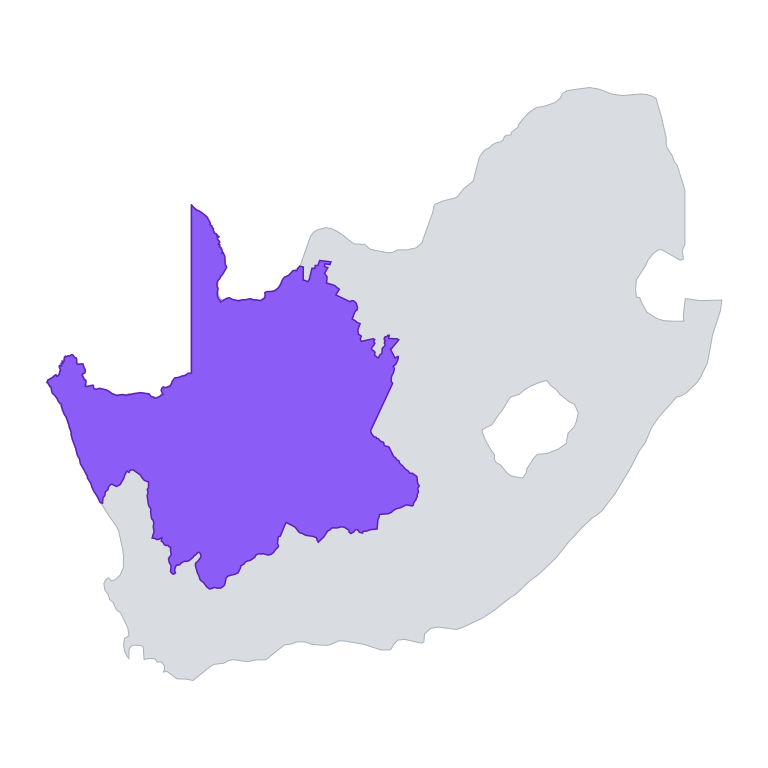 where Northern Cape sits in South Africa
{"feature_id": "ZAF-1188", "entity_name": "Northern Cape", "entity_type": "Province", "adm_level": 1, "iso_a3": "ZAF", "parent_name": "South Africa", "parent_adm1": "", "projection": "mercator", "projection_center": [20.625, -28.845], "detail": "fine", "context": "in_parent", "style": "filled", "palette": "violet", "viewbox_px": 768, "rotation_deg": 0, "n_neighbors": 0, "source": "natural_earth", "source_scale": "10m", "svg_char_len": 9657}
<svg xmlns="http://www.w3.org/2000/svg" viewBox="0 0 768 768"><path d="M567.5,90.5L589.4,87.5L599.2,89.2L611.1,93.9L622.2,95.6L640.9,93.9L647.4,94.7L652.5,96.3L656.2,98.8L661.6,117.7L666.2,138.0L666.2,144.5L666.8,147.1L672.2,155.7L674.1,161.1L677.2,165.5L684.1,187.3L684.9,191.1L684.9,244.3L682.2,250.7L683.4,259.1L680.2,260.2L661.4,249.5L658.2,249.9L652.9,253.9L648.0,260.2L645.7,265.5L636.3,280.0L635.6,289.2L636.4,297.1L639.6,297.4L641.8,303.1L647.0,312.2L655.6,318.0L663.7,320.7L674.9,321.3L683.8,321.1L683.3,315.0L685.3,298.6L700.0,300.6L721.9,300.1L720.4,310.7L712.5,335.1L707.5,362.7L700.9,376.6L697.2,382.4L686.6,392.6L681.0,396.0L676.4,397.2L658.2,417.9L651.4,428.0L645.3,442.7L639.3,450.8L630.5,468.0L615.1,493.7L602.1,510.6L596.3,515.5L592.4,517.7L582.0,527.6L567.4,543.5L556.2,557.6L539.5,573.7L529.8,580.8L515.3,594.7L511.3,596.8L494.9,609.8L483.1,617.7L464.0,626.9L456.5,629.5L438.4,627.1L430.8,628.3L424.5,633.9L423.9,641.9L421.3,643.1L404.7,639.4L397.8,640.1L393.8,644.3L390.6,649.8L381.1,650.0L364.1,644.4L344.2,641.0L339.5,640.6L329.9,644.8L326.5,645.4L312.4,644.5L304.6,641.9L297.1,641.9L291.4,644.0L284.5,644.8L265.7,659.9L256.0,659.9L247.6,661.7L232.8,659.6L228.4,660.6L224.0,663.2L213.9,664.4L210.0,666.7L193.0,680.5L186.0,679.1L177.1,678.9L167.1,671.5L163.3,672.0L164.3,669.8L164.6,665.9L161.1,661.9L157.1,662.1L155.1,658.8L149.1,658.4L144.1,659.5L143.2,646.7L140.8,645.5L134.8,645.2L131.9,645.6L130.5,646.8L128.9,649.7L128.9,658.6L126.8,656.0L124.4,650.7L123.6,645.0L124.5,638.3L129.0,635.8L127.7,627.4L120.6,612.8L116.3,609.7L113.0,602.2L109.6,599.5L108.2,594.3L104.9,590.2L103.8,583.6L105.6,579.8L108.5,577.8L111.4,581.0L115.0,579.8L120.2,575.0L123.3,567.9L123.5,556.4L122.7,549.3L118.6,530.8L116.6,526.6L107.4,513.5L96.6,496.0L83.1,468.5L76.6,452.1L66.7,419.1L58.1,400.6L47.4,383.3L46.1,382.2L47.7,380.1L53.4,376.1L56.0,375.1L57.4,375.5L58.8,374.5L60.1,371.8L61.0,365.7L63.7,359.3L66.1,356.6L71.1,354.8L74.9,357.2L76.5,359.5L77.2,362.6L78.9,364.1L81.6,364.0L83.5,365.9L84.7,369.8L84.4,372.7L82.9,374.4L83.1,376.7L85.1,379.6L87.2,386.0L97.5,389.3L103.4,389.7L108.9,391.3L114.1,394.1L122.7,394.8L134.6,393.3L144.4,394.0L152.1,396.8L157.7,397.3L161.1,395.5L162.6,393.0L162.2,389.7L163.9,387.6L167.8,386.7L170.9,384.3L173.2,380.2L178.6,376.9L187.1,374.3L191.3,374.4L191.3,205.4L206.3,216.9L209.8,222.2L217.2,237.8L224.7,257.2L226.0,266.6L225.6,268.6L217.9,281.4L217.6,287.7L218.5,295.1L220.3,298.8L222.5,300.0L227.9,298.2L236.2,300.2L252.0,299.3L259.8,300.3L261.8,299.7L263.6,298.1L265.7,293.6L267.5,292.2L274.8,290.2L278.1,287.7L283.3,278.9L298.9,267.1L300.7,264.3L310.5,236.3L313.5,232.3L317.8,229.7L326.4,227.6L331.5,228.7L336.9,231.2L343.0,235.2L352.2,242.8L355.3,244.0L364.5,244.3L370.2,249.3L387.3,252.7L392.3,252.5L397.7,249.8L406.5,249.9L415.9,248.0L421.7,243.1L432.7,212.6L434.0,205.9L435.2,204.1L444.2,200.6L455.1,198.0L457.4,196.6L464.2,188.2L473.1,181.2L479.4,157.1L483.4,151.4L485.9,149.0L487.6,148.9L489.8,147.4L492.8,144.5L496.3,142.7L500.4,142.0L503.1,140.0L504.3,136.8L506.4,135.2L509.4,135.3L511.1,134.3L511.5,132.2L518.2,127.0L518.4,124.9L522.2,119.9L529.7,111.8L536.7,107.4L543.4,106.5L555.6,102.4L559.9,98.5L562.7,93.4L567.5,90.5ZM547.1,453.5L558.1,449.2L566.2,443.5L568.0,433.2L574.2,426.9L576.5,421.0L578.2,412.8L574.5,404.4L569.5,401.9L560.2,394.6L556.2,389.6L550.7,385.5L546.8,380.5L540.4,382.1L530.6,386.1L524.5,389.8L519.4,394.2L510.2,397.3L501.6,411.3L498.8,414.4L492.0,424.6L482.3,429.6L482.1,431.5L485.3,439.8L489.8,448.1L494.5,454.9L494.3,459.1L495.9,462.4L500.2,464.7L507.3,473.2L510.9,475.9L521.8,478.0L523.4,477.4L526.3,472.4L526.8,468.8L534.0,457.8L537.2,454.4L547.1,453.5Z" fill="#d9dde1" stroke="#a8b0b8" stroke-width="1"/><path d="M71.9,354.6L72.8,354.8L74.4,357.3L76.2,358.0L76.6,358.8L76.7,363.1L77.6,364.2L78.9,364.4L81.5,363.8L83.0,364.0L84.1,367.6L85.2,369.5L85.2,371.8L84.9,372.9L82.8,374.0L82.1,375.3L83.6,377.6L84.1,379.5L85.6,380.0L86.1,381.1L85.3,384.8L85.4,386.3L86.9,386.5L92.8,385.1L93.4,385.6L93.8,388.7L94.6,389.1L96.5,389.4L98.2,388.5L99.5,388.3L106.3,389.9L109.2,391.4L111.7,393.5L116.7,395.5L122.6,394.5L126.3,395.4L129.2,394.3L130.3,394.9L132.7,393.8L140.6,392.6L149.1,393.9L151.3,396.7L153.5,397.1L154.4,398.2L156.0,398.1L160.0,396.3L161.0,395.1L162.9,394.6L161.1,390.4L162.0,388.1L162.9,387.0L163.5,386.9L165.0,387.8L169.7,386.3L170.9,385.0L172.1,381.3L173.0,380.5L174.4,378.1L175.2,377.8L179.3,377.4L181.8,376.1L185.0,375.6L187.9,373.3L191.4,373.1L191.4,204.3L191.6,205.0L193.3,207.1L196.6,210.1L198.7,210.7L201.8,212.6L207.1,217.0L210.4,223.2L210.0,224.6L210.4,225.2L211.9,226.0L212.1,227.5L213.4,228.4L213.1,229.7L214.4,232.9L216.3,233.9L216.7,235.2L217.3,235.1L217.1,236.5L218.6,236.3L219.1,236.8L217.9,237.5L217.6,238.3L217.6,239.5L219.4,241.2L219.7,242.4L218.4,243.7L218.5,244.2L219.7,244.7L219.4,246.7L221.2,248.0L221.6,248.8L222.5,251.9L222.0,253.2L223.2,252.8L224.8,256.2L225.2,264.3L226.7,267.1L223.1,273.7L220.7,276.7L219.5,279.0L217.7,280.7L217.0,283.7L217.0,286.2L218.1,288.4L217.2,292.5L217.4,295.6L218.4,298.6L219.9,300.1L220.5,302.0L227.2,298.1L229.4,297.8L232.8,299.6L238.3,300.8L243.1,299.7L245.5,299.8L248.9,298.9L250.8,298.8L253.7,299.9L257.3,300.0L260.6,300.7L264.6,298.0L265.2,296.3L264.8,292.7L265.3,292.2L267.7,291.5L271.7,291.5L274.3,290.9L276.7,289.4L278.8,287.3L280.4,284.9L282.5,279.6L284.6,277.0L288.5,275.6L292.9,270.7L294.2,270.4L296.1,270.8L296.8,270.6L298.2,267.8L299.9,266.2L303.3,267.0L303.2,279.9L307.9,281.6L309.3,279.3L312.0,268.2L314.9,268.4L315.2,265.4L317.8,265.6L319.6,260.5L330.9,261.8L329.9,264.7L324.9,263.8L324.6,266.6L327.9,267.6L324.6,273.3L327.1,276.8L326.6,283.0L334.3,285.3L339.4,289.3L335.8,294.9L350.2,301.8L351.3,300.7L353.6,300.8L356.1,303.0L357.6,307.7L357.0,310.0L355.0,311.6L352.2,318.9L356.2,321.4L357.1,322.5L360.1,323.6L358.1,329.0L357.9,330.5L358.4,334.1L361.3,336.1L360.3,339.2L361.2,341.4L373.3,338.7L374.7,339.5L373.6,342.2L374.9,343.2L373.7,345.4L372.4,346.7L371.5,348.6L372.2,350.1L373.8,350.8L375.0,352.3L374.6,355.1L378.0,358.0L379.0,356.8L379.7,355.2L381.7,353.4L382.1,351.9L382.1,348.9L383.2,347.1L384.5,346.3L385.0,345.3L385.1,344.1L384.4,343.5L384.6,341.8L385.4,340.8L384.4,339.9L384.1,338.5L385.1,336.8L387.1,336.4L387.9,335.3L389.3,335.3L388.7,337.9L389.0,338.5L397.3,338.8L398.8,339.8L391.2,349.0L390.5,349.1L394.9,357.9L395.6,357.9L397.1,356.7L398.3,356.5L398.1,358.7L396.9,362.1L395.7,364.4L393.6,366.1L393.4,366.7L394.2,368.2L394.2,369.6L393.3,373.0L392.1,375.1L391.3,377.6L391.2,380.6L391.5,381.9L392.6,383.2L392.5,383.7L370.6,430.7L371.6,433.8L374.2,436.9L376.1,437.2L376.7,438.5L378.4,438.7L380.2,441.0L383.6,442.4L384.1,445.0L385.0,445.9L388.8,446.8L393.9,456.9L395.5,457.6L397.0,459.9L398.9,460.8L399.5,463.1L403.1,466.4L405.3,469.1L408.3,471.0L409.6,473.2L412.6,473.3L416.9,476.6L417.6,483.4L419.2,485.6L418.9,486.7L417.9,487.9L417.8,488.9L418.5,491.9L417.1,494.9L417.3,496.5L416.2,498.5L416.0,499.7L413.6,502.8L413.3,505.2L412.1,506.0L406.5,504.8L400.3,507.8L396.4,508.7L392.4,511.2L391.4,512.4L388.0,513.8L379.6,514.4L378.9,517.8L378.1,519.0L377.7,521.7L377.1,529.0L370.3,529.7L366.5,531.2L364.1,531.2L362.9,531.6L362.6,533.1L359.4,532.3L357.5,529.7L356.4,529.6L355.1,530.1L353.9,531.8L351.0,533.6L349.0,532.1L349.1,531.0L348.7,530.1L344.2,527.2L341.3,526.8L337.1,527.9L332.0,527.9L330.1,529.8L327.5,531.3L323.7,537.0L318.3,542.2L317.0,540.0L316.6,537.8L313.1,536.4L305.5,535.3L303.0,533.8L299.3,532.5L295.5,527.7L294.0,526.5L286.3,522.5L285.2,524.2L280.3,536.2L278.7,536.5L278.0,538.1L277.5,543.4L278.5,546.1L277.6,547.9L276.7,548.2L273.2,552.8L270.8,554.5L268.3,555.1L262.7,553.6L261.1,554.1L259.3,553.8L258.0,554.0L256.0,555.0L254.8,557.3L250.6,560.2L245.8,561.6L243.7,564.3L241.1,565.6L240.3,568.3L238.1,572.8L234.9,574.3L230.7,575.2L227.7,576.2L226.0,578.2L225.2,582.8L224.4,585.3L221.1,588.0L217.1,588.2L214.6,587.3L212.2,588.4L209.4,589.0L206.7,586.8L203.6,582.6L200.7,580.5L199.8,579.2L199.2,576.7L197.2,572.3L195.4,565.6L195.5,563.3L197.8,561.2L200.9,557.1L200.9,555.1L199.8,552.9L199.0,552.3L197.9,552.5L195.3,555.2L194.1,555.8L192.8,557.6L189.0,560.7L186.8,561.3L184.0,561.4L181.1,563.1L180.0,564.6L177.8,565.3L176.9,564.8L176.1,565.5L174.8,569.2L174.6,570.7L175.5,572.7L175.3,573.2L173.0,574.3L170.5,571.7L171.1,565.9L169.1,562.1L168.5,558.4L171.3,554.6L170.5,550.9L170.6,547.2L169.3,547.0L167.8,545.3L166.3,545.6L164.4,544.8L163.0,542.3L161.2,541.0L161.9,537.9L161.7,537.7L158.6,539.5L157.7,539.2L156.6,539.6L154.9,538.4L152.2,538.1L152.9,534.9L153.7,533.3L154.0,531.1L153.2,527.0L153.8,522.9L152.8,519.8L151.7,518.9L151.4,517.8L150.6,511.2L150.9,509.0L149.4,507.0L148.4,504.6L147.1,495.5L148.1,492.3L147.2,489.5L148.5,487.6L148.5,481.9L144.5,480.5L142.7,478.6L140.1,474.8L133.0,469.8L130.8,470.0L129.6,471.0L129.0,472.4L126.8,471.2L124.8,474.9L123.7,478.5L120.1,484.7L116.4,486.5L112.3,484.4L110.9,484.3L108.9,486.3L107.9,489.6L105.4,491.9L104.9,495.4L102.9,498.1L102.5,503.2L100.3,502.6L97.0,496.0L94.2,491.9L91.9,487.3L90.8,483.2L87.3,477.8L87.5,476.0L86.5,474.8L83.8,469.5L80.4,463.9L79.5,459.0L77.3,455.2L75.6,448.0L72.3,439.5L71.1,434.6L71.4,434.6L71.1,432.0L70.1,428.8L69.6,428.4L69.1,425.6L66.1,417.0L64.1,414.2L63.2,411.4L62.3,410.1L62.4,409.0L61.5,406.8L61.6,404.9L60.9,403.8L58.3,401.5L57.0,398.4L55.1,395.8L52.4,393.4L51.5,390.8L51.4,388.1L50.8,386.7L49.7,386.2L48.8,384.2L47.0,382.3L47.7,381.3L47.7,380.1L52.2,377.9L55.4,374.8L56.1,374.9L56.6,376.4L57.3,376.5L58.1,375.8L59.3,374.0L59.7,371.2L60.7,370.4L59.3,367.5L59.3,365.7L60.0,365.4L61.2,366.0L61.6,365.7L61.7,365.1L61.0,363.7L61.4,363.1L62.9,363.0L62.1,361.2L63.8,361.4L64.1,360.9L64.4,357.2L65.5,356.1L66.6,356.7L68.2,355.8L69.3,356.1L71.9,354.6Z" fill="#8b5cf6" stroke="#5b21b6" stroke-width="1.5"/></svg>